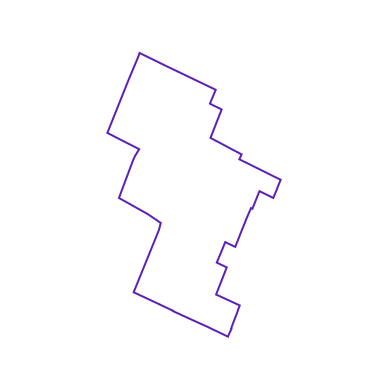 the district of General Guido, Buenos Aires, Argentina, rotated 341°
{"feature_id": "61730980B41979026536133", "entity_name": "General Guido", "entity_type": "district", "adm_level": 2, "iso_a3": "ARG", "parent_name": "Argentina", "parent_adm1": "Buenos Aires", "projection": "equal_earth", "projection_center": [-57.976, -36.677], "detail": "fine", "context": "isolated", "style": "outline", "palette": "violet", "viewbox_px": 384, "rotation_deg": 341, "n_neighbors": 0, "source": "geoboundaries", "source_scale": "gbopen_adm2", "svg_char_len": 894}
<svg xmlns="http://www.w3.org/2000/svg" viewBox="0 0 384 384"><g transform="rotate(341 192 192)"><path d="M200.2,314.8L181.4,296.8L200.3,274.6L192.4,266.8L200.3,258.0L207.1,250.2L215.0,258.0L221.8,250.1L224.2,247.2L235.3,234.4L242.6,226.4L243.7,227.5L254.6,214.8L256.1,213.2L266.9,224.1L272.4,217.9L279.8,209.3L275.3,204.8L247.4,176.5L251.1,172.6L227.1,146.9L246.9,123.6L240.2,116.9L237.7,114.3L247.7,103.1L208.3,64.2L187.7,43.5L183.9,48.1L167.5,66.5L131.2,108.6L143.6,121.5L156.0,134.3L149.5,139.7L146.7,142.7L124.8,169.2L121.0,173.9L142.8,198.3L152.4,211.1L148.4,217.1L147.6,217.9L147.2,218.5L104.2,267.8L135.5,298.2L135.3,298.5L149.9,312.4L153.4,315.7L159.1,321.1L160.5,322.4L163.1,324.8L165.8,327.6L167.4,329.2L169.6,331.3L174.7,336.3L178.9,340.5L180.6,338.5L184.7,334.3L184.4,334.0L188.8,328.6L193.9,322.6L198.3,317.1L200.2,314.8Z" fill="none" stroke="#5b21b6" stroke-width="2"/></g></svg>